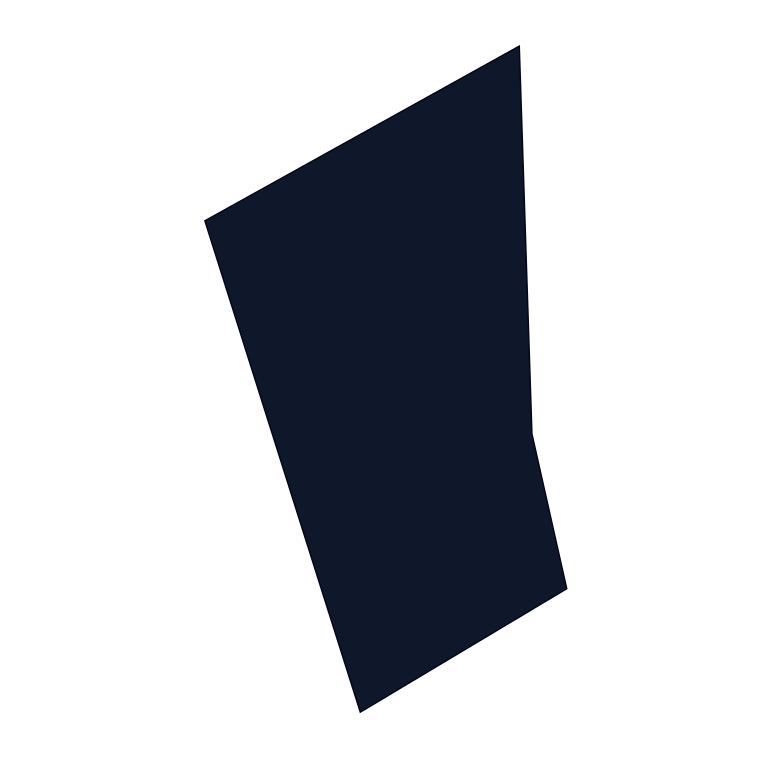 SVG path tracing the border of Wong Tai Sin, rotated 265°
{"feature_id": "HKG-5160", "entity_name": "Wong Tai Sin", "entity_type": "state/province", "adm_level": 1, "iso_a3": "HKG", "parent_name": "Hong Kong S.A.R.", "parent_adm1": "", "projection": "mercator", "projection_center": [114.206, 22.344], "detail": "fine", "context": "isolated", "style": "filled", "palette": "ink", "viewbox_px": 768, "rotation_deg": 265, "n_neighbors": 0, "source": "natural_earth", "source_scale": "10m", "svg_char_len": 242}
<svg xmlns="http://www.w3.org/2000/svg" viewBox="0 0 768 768"><g transform="rotate(265 384 384)"><path d="M164.2,548.2L59.2,331.8L562.2,219.8L708.8,548.2L321.4,527.0L164.2,548.2Z" fill="#0f172a" stroke="#020617" stroke-width="1.5"/></g></svg>